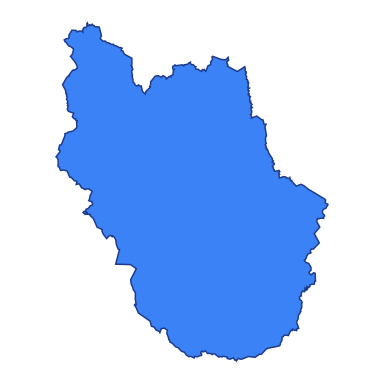 Turicato, Michoacán, Mexico
{"feature_id": "50627088B87048216437390", "entity_name": "Turicato", "entity_type": "district", "adm_level": 2, "iso_a3": "MEX", "parent_name": "Mexico", "parent_adm1": "Michoacán", "projection": "robinson", "projection_center": [-101.446, 18.943], "detail": "fine", "context": "isolated", "style": "filled", "palette": "blue", "viewbox_px": 384, "rotation_deg": 0, "n_neighbors": 0, "source": "geoboundaries", "source_scale": "gbopen_adm2", "svg_char_len": 5823}
<svg xmlns="http://www.w3.org/2000/svg" viewBox="0 0 384 384"><path d="M315.5,281.1L315.1,273.2L313.5,272.8L311.2,274.8L309.0,273.2L309.3,271.7L311.0,270.4L311.0,267.3L308.7,263.4L306.1,262.6L304.3,260.4L305.1,259.9L306.5,257.5L306.6,256.2L308.2,253.9L311.0,252.8L310.3,251.0L310.7,249.9L311.9,248.8L313.2,249.2L319.3,242.9L314.3,233.7L319.8,227.1L316.6,221.3L317.6,218.5L318.7,218.9L320.3,218.2L323.6,218.4L323.6,216.7L324.6,216.0L324.5,215.3L322.5,213.2L322.5,211.1L323.3,209.4L325.9,208.2L328.0,204.4L325.1,202.7L325.6,200.0L324.8,199.1L307.7,188.8L304.0,185.7L300.9,184.3L296.2,186.1L292.0,181.5L291.7,180.4L290.4,180.5L289.8,177.5L289.2,178.3L286.2,177.8L286.0,177.1L283.5,176.6L279.5,178.1L278.8,174.9L279.6,174.5L278.6,172.9L279.8,171.7L279.0,170.4L275.0,171.4L274.1,171.1L274.4,170.0L273.4,169.0L273.4,167.5L272.3,166.2L274.4,164.1L274.1,163.2L272.2,162.3L273.4,160.9L272.2,159.8L272.4,158.7L269.2,153.9L267.5,149.8L266.6,149.4L266.4,148.8L266.9,148.8L265.9,147.6L266.4,147.0L265.2,144.8L266.3,143.5L265.5,141.1L265.5,139.2L265.7,137.1L266.5,135.9L265.0,126.9L266.0,124.2L264.0,124.3L263.1,120.0L261.2,119.4L256.7,116.0L251.5,118.1L251.6,116.6L250.6,114.5L251.3,114.3L251.8,111.0L250.9,109.8L251.1,108.7L252.2,107.5L250.9,107.2L251.5,106.3L251.2,105.2L252.0,104.4L251.0,103.0L250.3,102.9L250.8,101.3L249.6,101.2L249.9,98.9L249.6,98.3L250.3,96.8L249.6,96.9L249.5,95.4L248.2,94.7L249.1,93.9L248.3,92.9L249.1,90.7L247.9,89.9L248.3,88.8L249.4,88.1L247.7,87.6L248.3,86.5L248.1,84.6L248.7,83.0L247.6,82.4L248.1,81.9L247.8,80.6L247.2,79.5L246.3,79.3L246.6,76.4L245.4,74.4L246.3,73.1L245.7,72.7L246.1,71.9L245.1,70.7L245.3,69.0L244.8,66.7L237.3,71.5L226.7,65.8L227.6,66.2L228.0,65.7L226.7,61.9L228.6,60.2L228.1,57.3L225.9,59.7L221.4,59.5L212.6,56.3L211.9,57.1L212.6,59.3L210.8,61.7L210.6,64.8L208.1,65.6L205.8,71.3L204.1,69.4L203.0,70.4L202.3,69.7L201.6,71.2L199.6,70.6L198.5,69.3L195.8,69.1L195.4,67.3L195.9,66.8L195.0,66.5L193.1,64.6L191.7,64.7L190.4,63.6L190.4,62.2L188.5,63.2L187.7,64.3L184.5,64.7L184.1,65.6L183.1,65.7L182.7,64.8L175.6,65.7L175.0,64.9L172.7,66.6L172.8,68.8L174.3,69.5L173.4,70.2L172.9,74.9L170.9,75.7L171.0,76.8L169.1,76.4L166.4,79.1L165.9,78.7L166.0,77.5L163.5,75.8L162.5,75.9L161.5,77.3L158.1,75.7L155.1,76.2L150.8,81.6L150.3,86.0L149.6,86.5L150.2,87.4L146.1,91.2L145.2,94.0L142.3,91.3L141.3,86.0L139.5,86.1L138.7,84.9L137.1,85.8L136.1,85.7L135.2,85.3L134.6,83.4L133.1,82.0L132.9,78.8L132.2,77.5L132.4,75.1L131.7,74.1L132.2,74.5L131.6,71.3L132.8,69.4L132.2,67.6L131.3,67.2L132.1,67.2L132.1,66.3L131.1,65.6L131.9,64.5L131.9,58.2L124.3,54.2L122.9,51.0L121.3,50.6L121.3,49.3L122.1,48.2L120.4,47.5L119.4,47.7L116.5,46.0L114.2,45.4L113.2,44.2L111.6,44.5L108.9,42.9L106.5,42.4L105.1,41.0L103.0,41.2L100.2,38.6L101.5,35.6L99.2,27.0L94.5,26.6L94.2,25.6L93.1,25.5L92.2,24.2L91.0,25.3L89.6,24.7L89.7,25.6L88.1,25.6L87.3,23.0L86.8,23.8L87.0,25.1L86.5,26.9L85.6,27.6L84.2,27.4L82.9,29.1L82.9,32.1L81.7,31.1L79.0,31.0L77.1,31.9L75.9,30.4L71.9,30.2L68.9,35.1L69.0,37.8L68.3,38.5L66.5,38.6L64.2,39.9L65.1,41.8L66.1,42.4L68.5,45.8L71.3,47.0L73.5,48.9L72.9,52.6L71.7,55.3L70.5,56.3L75.2,62.2L77.0,65.7L77.3,68.2L74.1,70.3L73.3,69.9L72.1,70.9L69.0,75.2L69.2,76.0L68.2,76.0L68.1,76.6L66.7,77.4L62.6,84.7L65.6,90.5L66.0,94.0L66.8,94.2L66.6,96.2L67.2,97.5L66.5,99.3L67.8,101.3L67.2,103.4L67.9,104.0L68.0,104.9L67.4,105.4L68.1,106.2L67.3,109.5L68.4,111.3L73.7,113.2L72.3,116.8L74.1,118.7L75.7,119.0L75.4,119.6L76.0,120.5L77.2,120.7L77.3,121.6L76.6,122.1L76.9,126.7L76.4,128.0L73.0,131.0L67.9,132.2L67.3,133.0L65.0,133.6L64.9,135.8L61.3,144.8L59.6,145.1L58.6,149.7L59.8,150.4L60.1,151.6L56.0,156.9L57.0,157.5L58.1,159.9L58.1,166.6L59.3,167.2L60.2,169.9L61.1,170.5L63.4,170.0L67.1,171.0L69.8,177.3L71.3,177.4L74.3,180.7L76.9,181.3L76.2,184.5L78.7,183.8L79.7,184.6L81.6,187.8L83.0,188.2L84.4,189.4L85.8,189.5L86.3,188.7L88.9,189.0L92.0,191.1L91.0,194.2L90.2,195.1L89.8,198.2L88.7,200.7L92.0,201.7L91.8,202.4L92.5,203.3L92.5,205.0L90.2,205.7L88.2,208.5L86.0,209.3L85.7,211.4L84.3,211.2L83.0,212.4L85.0,214.4L86.9,212.2L87.5,212.9L86.8,214.2L90.3,214.5L90.1,215.6L93.4,218.6L97.1,227.2L102.2,229.6L102.0,231.3L103.3,234.2L106.7,238.6L109.2,235.8L111.0,235.5L112.1,236.7L112.7,235.8L114.3,237.2L115.8,239.8L116.2,243.8L117.5,247.6L118.4,249.4L119.5,249.5L115.7,264.2L130.6,264.6L136.3,268.7L130.7,279.6L131.2,284.0L133.0,288.0L133.1,289.3L135.4,292.7L135.3,299.3L136.2,304.5L134.7,304.4L134.4,305.2L135.5,306.3L138.4,313.0L150.2,321.2L151.3,326.1L154.2,327.2L156.1,330.0L159.3,331.5L159.9,332.6L161.2,328.7L164.2,328.1L167.2,330.1L166.9,333.6L168.5,337.7L168.7,339.6L169.8,340.4L170.0,342.2L172.3,343.3L175.6,346.8L178.1,347.6L181.4,351.2L184.5,352.3L186.2,354.9L188.8,356.7L190.8,356.3L194.1,358.0L194.9,356.3L197.1,356.9L200.0,355.6L201.0,355.7L201.7,354.9L201.5,353.8L200.7,353.1L201.3,351.6L201.8,351.1L202.9,351.9L204.0,351.8L204.8,350.9L205.8,351.2L207.4,353.4L210.7,353.5L212.1,354.6L213.1,353.7L214.7,353.9L218.8,357.1L219.8,356.5L222.1,357.0L223.0,356.2L227.2,357.0L227.2,358.5L230.1,359.2L233.3,357.8L234.8,360.1L235.9,360.1L236.4,361.0L238.2,358.5L240.8,359.2L242.3,359.0L248.3,356.5L255.1,357.3L259.3,354.3L261.6,354.1L265.8,349.4L268.0,348.2L279.1,346.0L280.1,345.1L280.5,342.9L281.9,340.5L282.1,336.9L283.1,336.6L284.5,335.0L288.4,335.5L290.7,330.5L292.4,330.5L292.6,329.1L294.7,330.4L295.7,330.0L296.5,330.6L296.9,329.9L296.5,329.0L298.7,328.3L296.5,322.1L298.0,319.1L298.4,315.3L299.9,313.3L299.9,312.4L300.8,311.7L300.3,311.2L301.8,307.2L301.6,303.6L302.2,302.7L301.4,300.6L299.9,299.7L299.4,297.3L300.0,296.4L301.5,295.9L301.0,294.2L302.5,290.9L304.2,291.8L304.8,291.4L305.0,288.1L306.0,288.8L306.1,290.1L306.7,290.1L307.7,288.4L306.3,288.0L306.8,286.5L309.0,287.3L310.0,286.3L309.7,285.1L311.8,284.2L314.4,284.1L314.5,281.5L314.8,280.9L315.5,281.1Z" fill="#3b82f6" stroke="#1e3a8a" stroke-width="1.5"/></svg>